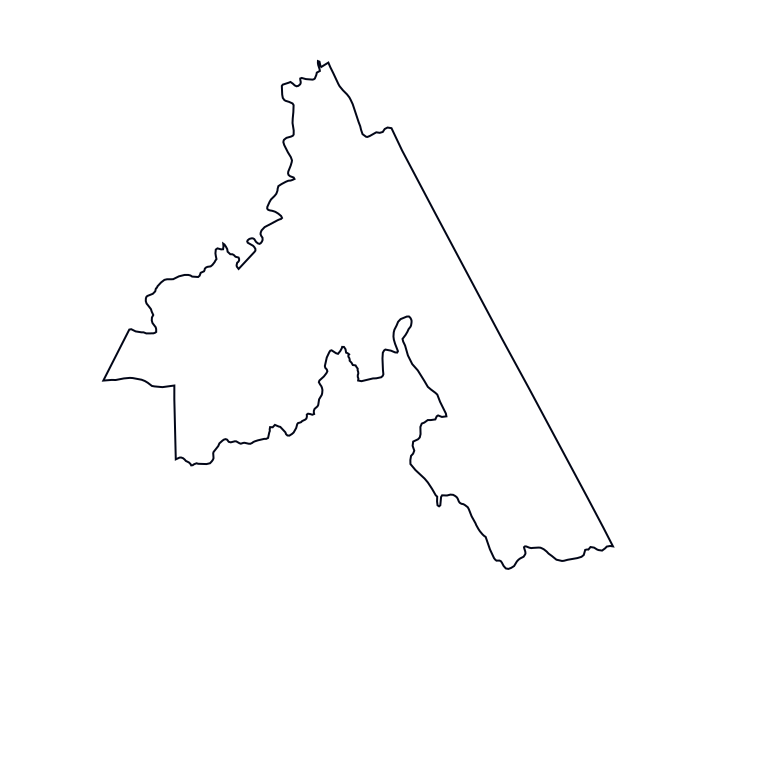 the district of Parintins, Amazonas, Brazil, rotated 313°
{"feature_id": "56859067B7549321418483", "entity_name": "Parintins", "entity_type": "district", "adm_level": 2, "iso_a3": "BRA", "parent_name": "Brazil", "parent_adm1": "Amazonas", "projection": "equal_earth", "projection_center": [-56.927, -2.788], "detail": "fine", "context": "isolated", "style": "outline", "palette": "ink", "viewbox_px": 768, "rotation_deg": 313, "n_neighbors": 0, "source": "geoboundaries", "source_scale": "gbopen_adm2", "svg_char_len": 6166}
<svg xmlns="http://www.w3.org/2000/svg" viewBox="0 0 768 768"><g transform="rotate(313 384 384)"><path d="M421.4,662.2L428.4,642.8L439.4,611.1L479.8,492.7L497.5,439.6L543.8,305.0L567.1,238.0L576.2,215.0L574.0,211.7L571.0,210.6L567.5,211.2L564.8,209.6L562.8,206.7L555.8,204.5L553.4,203.4L552.6,202.3L552.1,197.9L554.3,193.8L556.3,190.8L558.2,186.9L567.3,170.3L569.1,165.8L570.0,163.2L570.6,159.4L570.8,153.7L571.5,148.4L572.2,146.2L576.7,135.0L579.1,128.6L581.1,124.1L573.1,121.9L573.4,120.4L575.7,117.0L575.1,115.5L573.7,116.7L572.4,118.4L570.3,122.2L569.2,123.6L565.9,122.5L563.9,123.7L560.2,125.1L558.9,124.8L557.9,124.2L553.7,118.9L551.7,115.1L550.3,114.4L549.3,115.4L548.2,117.0L547.3,117.8L546.0,118.3L543.6,118.0L542.1,117.0L541.5,115.1L541.5,112.5L541.1,109.6L539.3,108.8L533.9,105.8L532.3,106.0L526.2,112.2L524.2,114.9L523.7,117.5L524.0,118.9L525.6,122.2L526.8,125.8L526.3,127.7L521.0,132.3L515.9,136.2L512.5,139.1L507.8,145.1L504.8,147.8L503.4,148.0L501.6,147.3L497.5,144.8L494.4,144.3L493.2,144.8L492.2,145.5L490.7,148.1L487.9,155.7L486.4,161.1L484.8,164.2L483.3,165.2L480.1,166.8L474.1,169.1L472.6,170.2L471.8,171.6L471.9,173.6L473.4,177.1L472.9,178.7L470.9,177.9L469.2,177.0L467.4,175.4L465.0,174.3L460.3,172.7L456.7,171.8L454.2,173.1L452.8,174.2L449.7,175.5L447.1,175.7L441.9,175.5L439.2,176.1L433.9,177.9L432.6,179.0L432.4,180.5L433.1,182.1L434.3,183.9L435.1,185.5L435.8,187.1L436.2,189.0L436.5,190.5L436.7,194.1L435.9,196.2L434.3,196.1L433.3,195.4L431.2,194.5L417.3,189.7L412.8,189.7L410.6,190.6L409.4,191.5L408.6,193.2L408.1,195.4L406.5,197.0L404.9,197.6L402.9,197.8L401.6,197.4L400.8,195.8L400.7,193.3L401.5,190.3L401.1,188.8L400.1,187.7L398.3,186.6L396.2,186.3L395.0,186.7L394.4,188.0L395.8,193.9L395.7,195.6L395.1,197.8L393.8,199.0L392.3,199.2L369.0,199.2L369.5,196.3L370.3,195.2L372.6,193.9L374.0,194.1L375.5,193.8L376.7,192.7L377.3,191.4L375.8,188.6L375.9,186.2L375.5,184.7L374.1,183.1L374.1,179.4L375.7,177.4L376.6,174.8L377.2,172.2L377.0,170.7L375.2,172.7L372.8,174.4L371.4,173.1L369.6,169.7L367.6,169.3L364.6,171.6L363.0,173.6L361.1,176.3L359.3,176.5L357.6,177.0L354.1,177.3L351.8,177.0L349.3,175.0L347.9,174.4L346.2,174.3L344.9,175.1L343.7,175.5L340.3,174.1L337.5,175.3L335.5,175.1L331.7,170.4L331.4,168.5L330.3,166.5L327.8,163.8L322.9,160.6L316.8,158.3L312.5,153.8L310.4,152.4L306.3,151.7L301.1,151.7L299.6,152.2L298.2,152.1L295.7,153.5L292.3,153.4L287.0,150.9L285.8,150.8L284.3,151.4L282.2,153.2L280.9,155.5L280.6,157.8L279.8,162.5L278.5,164.8L277.1,168.2L274.4,168.9L272.1,170.8L270.7,173.1L269.8,178.3L268.8,179.9L266.7,181.9L265.3,181.6L263.8,180.8L258.9,175.7L257.8,172.9L256.4,171.4L253.1,166.5L251.7,161.8L250.1,160.6L195.1,176.4L201.1,181.9L204.0,185.1L210.6,189.9L215.2,194.0L217.0,196.2L221.8,203.8L223.1,207.1L223.8,210.4L224.3,215.6L225.8,217.9L230.6,224.1L239.9,231.7L229.9,241.0L186.9,283.1L190.8,284.7L191.9,285.8L192.7,287.7L192.8,289.8L192.6,291.5L193.6,294.9L193.5,297.1L193.0,298.5L194.2,299.5L195.8,299.8L198.2,301.0L198.9,302.5L204.4,308.8L207.4,310.8L210.0,310.8L212.1,310.5L213.5,309.9L216.9,306.3L218.1,305.7L225.6,305.1L228.3,304.1L232.6,304.5L234.3,304.9L235.7,305.8L236.3,307.3L235.8,309.8L236.8,311.7L240.4,314.0L241.3,315.1L242.1,318.7L242.7,320.0L245.0,321.3L245.9,322.1L248.0,325.7L249.1,327.0L251.1,327.8L252.5,328.0L254.1,328.7L256.8,330.2L262.3,333.9L263.6,335.3L265.5,336.0L270.2,333.2L271.8,332.5L272.9,331.3L274.8,330.1L276.4,332.1L279.7,332.1L281.1,336.0L281.9,337.4L281.4,344.8L280.5,346.6L280.5,348.5L281.7,350.0L284.8,350.8L286.9,351.0L291.9,349.8L295.5,347.9L296.9,347.8L298.2,348.7L299.6,349.4L301.0,349.4L304.3,350.7L305.8,350.8L307.5,349.9L309.0,348.4L310.5,348.7L311.8,350.7L312.6,352.5L314.4,353.4L315.5,351.9L316.7,350.9L318.5,350.2L322.2,350.6L323.8,350.2L328.5,347.0L333.6,345.9L335.2,345.0L337.6,343.1L338.8,341.4L339.6,339.8L340.1,337.5L340.9,335.1L342.5,334.4L348.5,334.9L352.7,334.5L354.7,333.9L355.6,332.3L355.8,330.0L356.8,328.5L364.3,324.1L369.9,322.3L371.7,322.0L372.9,322.7L373.8,327.9L374.7,329.8L378.5,329.5L381.5,328.7L382.6,328.1L383.8,329.4L383.2,332.1L381.1,334.9L381.7,336.4L381.9,338.3L380.7,338.4L379.7,339.3L379.3,340.9L378.6,342.1L377.6,343.0L377.4,345.8L376.6,348.2L378.2,350.5L377.6,352.6L377.3,354.3L376.1,355.3L375.2,356.9L374.1,358.1L372.7,358.7L371.3,360.0L370.5,361.6L368.9,362.7L370.7,365.6L380.5,372.1L382.8,374.4L387.1,377.4L389.2,377.5L390.7,376.9L393.6,373.6L401.7,365.4L406.1,361.8L408.6,361.2L410.1,361.5L413.1,366.3L414.7,370.6L416.0,372.2L417.5,371.8L421.0,364.6L423.2,360.9L425.2,358.5L428.4,355.9L430.8,354.6L435.4,353.3L439.1,351.9L442.8,351.9L448.9,354.7L450.4,356.2L450.4,358.0L449.8,359.8L449.0,361.1L447.6,362.3L445.5,363.7L444.1,364.3L440.8,364.6L438.2,365.5L434.6,366.3L429.6,366.8L428.1,369.1L426.5,373.2L421.2,382.0L417.8,391.1L417.0,399.4L413.8,411.3L411.8,418.0L412.0,422.2L412.6,427.6L412.6,430.2L409.2,437.2L404.6,449.4L402.9,451.7L399.4,448.8L397.9,445.0L396.3,444.6L393.1,445.7L389.5,442.8L387.5,440.6L383.3,439.8L380.8,438.6L377.4,439.9L372.3,444.9L369.3,446.6L366.8,446.6L361.8,444.6L358.3,447.1L355.9,451.6L352.9,452.8L349.9,452.8L346.4,455.1L343.5,457.9L342.5,465.7L342.5,478.2L341.9,483.2L340.1,490.6L337.9,497.7L337.9,499.7L334.2,503.0L331.8,505.9L332.1,507.7L333.7,507.9L340.3,502.8L342.2,502.4L345.4,506.1L348.4,508.0L350.1,510.2L350.7,512.7L350.8,514.6L350.4,516.1L349.1,518.9L348.8,520.4L349.2,522.3L350.3,524.1L350.7,526.1L351.0,529.3L350.3,531.4L347.0,538.3L344.5,546.0L343.7,547.7L342.3,552.1L341.7,554.6L341.2,558.7L341.2,560.8L341.5,562.6L335.3,574.3L331.7,583.2L331.4,585.0L331.5,586.7L333.7,589.0L334.1,590.4L333.7,592.2L332.5,595.6L332.2,598.9L333.6,601.1L336.2,602.4L339.6,603.3L344.9,602.2L347.3,602.2L349.4,602.6L352.9,603.9L355.7,603.4L356.7,602.9L357.8,601.6L359.3,598.9L360.1,597.7L361.3,597.8L362.2,598.8L363.4,601.9L364.4,603.6L365.6,604.6L369.9,608.7L371.0,610.1L371.6,611.8L372.1,613.6L372.4,617.2L372.2,620.0L372.7,624.0L373.1,629.9L376.0,634.9L377.5,636.2L380.7,638.2L388.5,644.1L392.3,646.3L395.2,646.7L399.9,644.3L401.5,645.4L402.3,646.4L405.6,646.2L407.6,649.2L408.3,652.8L408.9,654.2L410.9,657.1L414.7,657.8L417.0,657.8L419.7,659.8L421.4,662.2Z" fill="none" stroke="#020617" stroke-width="2"/></g></svg>